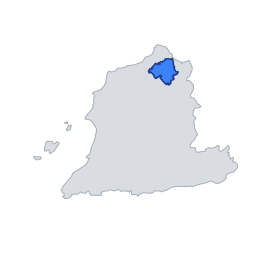 Sevilla on a map of Spain (orthographic projection), rotated 167°
{"feature_id": "ESP-5844", "entity_name": "Sevilla", "entity_type": "Autonomous Community", "adm_level": 1, "iso_a3": "ESP", "parent_name": "Spain", "parent_adm1": "", "projection": "orthographic", "projection_center": [-5.672, 37.516], "detail": "fine", "context": "in_parent", "style": "filled", "palette": "blue", "viewbox_px": 256, "rotation_deg": 167, "n_neighbors": 0, "source": "natural_earth", "source_scale": "10m", "svg_char_len": 5944}
<svg xmlns="http://www.w3.org/2000/svg" viewBox="0 0 256 256"><g transform="rotate(167 128 128)"><path d="M133.9,59.5L134.0,60.2L135.1,61.4L138.5,62.0L139.4,62.5L139.3,64.2L138.6,65.8L139.4,66.4L140.2,66.3L141.1,65.1L141.4,65.9L142.9,66.5L146.4,67.7L148.8,67.8L151.5,70.4L155.5,69.6L159.3,72.0L162.6,71.2L163.4,71.7L168.7,71.4L168.8,69.3L169.4,68.4L178.8,70.7L180.1,72.4L180.0,73.3L180.6,75.4L181.8,75.2L184.1,73.9L187.4,75.1L188.3,76.3L189.0,76.4L191.2,74.9L197.7,75.9L197.9,74.8L198.3,74.5L200.9,73.3L202.0,73.0L205.4,73.4L205.9,74.6L206.7,75.0L207.0,76.0L205.1,76.8L205.1,78.6L206.5,80.0L206.9,82.6L203.8,86.3L194.5,93.0L191.5,96.7L184.3,99.0L176.8,102.2L172.6,107.1L173.8,107.3L175.3,108.8L174.8,109.5L172.9,110.7L171.1,111.2L168.1,117.1L163.8,123.2L162.3,126.0L159.0,133.0L159.1,135.0L161.3,141.7L162.5,143.4L164.0,144.8L166.9,145.9L167.7,147.2L166.8,148.4L164.1,150.7L159.4,153.9L157.4,156.3L157.1,158.5L155.7,159.6L155.3,162.7L153.5,167.0L153.5,168.2L155.1,169.6L153.6,170.7L145.9,171.4L141.3,175.0L139.1,178.0L137.1,183.7L134.6,187.0L133.4,187.7L131.6,186.3L129.3,186.2L127.1,186.7L126.0,187.9L124.2,188.6L122.4,188.1L118.6,187.9L116.9,188.0L114.3,189.0L112.0,188.4L108.2,188.2L99.9,189.0L98.8,189.4L95.2,193.2L91.1,193.3L87.5,194.8L85.0,198.4L84.6,200.4L83.8,199.9L83.3,200.1L83.0,201.6L80.5,202.5L77.6,201.3L75.3,199.5L74.0,199.4L72.0,196.6L71.2,194.8L70.6,192.8L70.5,191.5L68.7,190.7L68.3,188.9L69.6,186.6L71.4,185.4L69.7,185.5L68.6,187.0L67.1,184.6L61.1,179.9L61.5,178.3L60.5,179.5L59.8,179.8L56.7,179.6L53.1,180.1L51.8,172.2L52.8,169.5L56.8,164.2L59.3,163.5L60.3,160.8L58.0,160.9L54.6,155.5L55.6,150.6L59.2,146.9L59.8,145.4L59.9,144.0L59.3,143.1L57.3,142.5L55.4,138.6L55.0,136.1L53.4,134.7L52.1,132.3L53.3,131.9L58.3,132.0L59.5,131.4L60.5,129.8L61.5,127.1L61.7,125.5L59.8,123.1L59.7,122.7L60.0,121.9L63.0,119.3L62.5,117.4L63.0,113.4L62.8,111.0L62.5,109.0L61.5,106.5L62.2,105.5L63.7,104.7L65.0,102.6L66.8,100.9L69.2,99.6L71.9,96.6L71.5,95.2L70.6,94.5L67.2,93.8L67.0,93.2L67.0,90.0L66.2,88.7L65.0,88.8L63.1,88.2L62.7,88.6L60.3,88.4L58.6,87.8L57.9,88.3L57.7,89.4L54.9,90.6L53.3,90.5L50.8,89.4L47.9,89.7L47.5,89.5L45.0,90.7L44.2,90.8L43.2,89.1L44.6,86.8L43.5,84.6L42.7,84.5L38.1,86.0L35.3,88.0L34.2,88.2L33.9,87.9L33.9,84.8L36.8,81.7L35.0,81.4L35.1,80.5L36.3,79.0L35.2,77.9L35.3,74.6L32.8,75.6L32.1,75.4L32.2,74.1L33.8,71.5L32.2,71.2L31.0,70.1L29.6,67.9L29.6,66.8L30.6,64.2L32.8,63.0L34.9,61.3L37.8,61.7L42.2,60.3L43.7,59.5L43.7,58.4L43.2,57.6L43.7,56.8L47.3,54.7L49.4,54.6L51.6,53.5L53.0,54.2L54.3,54.0L55.7,54.9L57.6,56.9L60.4,57.7L62.6,57.1L74.0,57.0L77.3,56.1L79.8,57.3L84.7,57.8L87.6,58.8L95.8,60.4L98.7,60.4L104.6,58.6L106.2,59.0L108.6,58.2L109.7,58.3L111.2,59.4L116.5,60.8L117.8,59.5L118.8,59.2L122.6,59.8L126.4,61.3L128.4,61.4L131.2,60.8L133.9,59.5ZM209.6,124.0L211.1,124.5L212.5,123.8L213.3,123.9L214.1,124.1L214.4,125.3L211.8,131.6L209.5,133.4L206.8,132.4L205.3,132.2L204.8,131.8L204.3,129.9L203.6,129.3L202.5,129.1L200.7,130.8L200.0,129.9L199.1,129.7L198.6,129.2L198.6,128.4L204.2,123.2L205.9,122.0L209.5,120.5L210.0,120.6L209.6,121.4L210.2,122.0L209.6,124.0ZM226.4,119.8L226.0,121.5L221.3,119.8L219.8,119.7L219.4,119.4L219.4,117.7L222.4,117.2L224.9,117.8L226.4,119.8ZM186.0,142.8L185.6,144.0L183.3,143.8L182.8,143.3L183.1,142.0L183.8,141.8L183.7,140.8L184.4,139.8L187.5,138.8L188.3,139.4L188.5,140.3L186.7,142.5L186.0,142.8ZM188.6,147.4L188.3,147.6L185.8,147.6L185.7,146.8L186.1,145.7L187.1,146.7L188.6,146.8L188.6,147.4Z" fill="#d9dde1" stroke="#a8b0b8" stroke-width="1"/><path d="M71.1,185.6L71.3,185.6L71.7,185.0L71.4,185.2L71.0,185.4L70.6,185.4L70.3,185.1L69.7,185.4L69.5,185.6L68.9,185.0L69.2,184.0L68.9,182.8L68.8,182.5L68.9,182.3L68.9,182.1L69.2,181.7L69.3,181.5L69.3,180.9L69.4,180.3L69.3,179.2L69.5,178.4L69.5,178.1L69.4,177.9L68.9,177.4L68.9,177.2L69.0,177.0L69.2,176.8L69.3,176.6L69.2,176.1L69.2,175.9L69.4,175.8L69.7,175.7L69.9,175.6L69.9,175.3L69.3,174.2L69.0,173.2L68.6,172.6L68.7,172.1L68.0,171.7L67.0,171.7L66.6,171.5L66.7,171.0L66.8,170.9L67.1,170.7L67.6,169.8L67.9,169.6L70.0,169.0L70.7,169.0L70.9,169.2L70.9,169.3L70.9,169.5L71.0,169.6L71.3,169.7L71.5,169.4L71.5,168.7L71.7,168.4L71.9,168.3L72.5,168.5L72.9,168.3L72.5,167.4L72.8,166.3L72.7,166.2L72.4,166.2L72.2,166.2L72.0,165.7L72.7,165.1L73.0,164.9L74.2,164.7L74.5,164.7L75.1,164.5L75.3,164.5L75.5,164.3L75.7,164.2L75.7,163.9L75.8,163.8L75.8,163.7L76.1,163.4L76.1,163.2L76.0,162.8L75.9,162.7L76.0,162.4L76.1,162.2L76.3,162.0L76.7,161.8L76.8,161.7L77.0,161.4L77.2,161.2L77.7,161.0L78.7,160.8L78.9,160.9L79.1,161.0L79.3,161.3L79.4,161.5L79.1,161.8L78.9,161.9L78.8,162.0L78.8,162.3L78.9,162.7L79.0,162.8L79.4,162.8L79.7,162.5L80.1,162.2L80.5,161.9L81.1,161.9L81.1,162.3L82.4,163.7L82.7,164.9L83.5,165.6L83.6,165.9L83.7,166.7L83.8,167.1L84.0,167.2L84.5,167.5L84.6,167.8L84.7,168.2L84.8,168.5L85.2,168.9L85.2,170.3L84.0,170.3L83.7,170.8L83.9,171.6L84.2,172.0L84.7,172.0L85.8,171.7L87.1,170.8L87.2,171.0L87.6,171.0L88.0,170.9L88.4,170.4L89.2,170.1L89.6,170.0L89.9,170.2L90.2,170.4L90.5,170.8L90.7,171.2L90.7,171.4L90.6,171.7L90.7,171.8L90.9,172.0L91.0,172.1L91.1,172.5L91.0,173.4L90.8,173.7L91.4,174.2L91.7,174.8L91.8,175.3L92.3,175.8L92.7,176.8L93.3,177.3L93.6,177.4L94.4,176.7L94.7,176.9L95.0,177.1L95.1,177.9L95.3,178.3L95.3,178.7L94.3,178.7L94.1,179.0L94.3,179.5L94.3,179.9L94.1,180.2L93.5,180.6L93.2,180.6L92.5,180.0L92.4,180.0L92.2,180.3L92.0,180.5L91.9,180.5L91.3,180.3L91.1,180.3L90.9,180.3L90.7,180.4L90.7,180.5L90.9,180.7L91.5,181.1L91.3,181.5L87.9,183.7L87.4,184.3L87.0,184.5L86.7,184.7L86.4,184.7L86.2,184.6L85.5,183.5L85.4,183.4L85.2,183.4L83.5,184.7L83.4,184.7L83.2,184.5L83.2,184.2L83.5,183.6L83.5,183.3L83.4,183.1L83.2,182.9L82.8,182.9L82.5,183.0L82.4,183.3L82.5,184.0L82.3,184.6L82.0,184.9L81.7,185.2L81.4,185.3L81.0,185.2L80.2,184.6L79.8,184.4L79.4,184.7L79.0,185.3L77.7,185.3L77.1,185.5L76.7,185.7L76.5,186.2L76.4,186.8L75.6,186.6L75.1,186.7L73.1,186.5L72.3,185.9L71.1,185.6Z" fill="#3b82f6" stroke="#1e3a8a" stroke-width="1.5"/></g></svg>